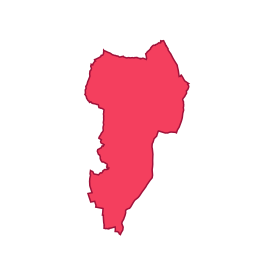 outline of Topliceni, Buzau, Romania, rotated 48°
{"feature_id": "2599482B88464222804785", "entity_name": "Topliceni", "entity_type": "district", "adm_level": 2, "iso_a3": "ROU", "parent_name": "Romania", "parent_adm1": "Buzau", "projection": "equal_earth", "projection_center": [26.955, 45.438], "detail": "fine", "context": "isolated", "style": "filled", "palette": "rose", "viewbox_px": 256, "rotation_deg": 48, "n_neighbors": 0, "source": "geoboundaries", "source_scale": "gbopen_adm2", "svg_char_len": 5533}
<svg xmlns="http://www.w3.org/2000/svg" viewBox="0 0 256 256"><g transform="rotate(48 128 128)"><path d="M190.0,209.9L189.9,209.5L190.1,209.3L189.9,209.2L191.1,207.4L192.2,205.1L192.9,203.8L194.5,204.9L195.3,205.7L196.3,206.8L197.9,205.2L198.3,205.1L199.5,204.8L200.7,205.3L202.1,205.0L201.2,203.0L200.3,200.1L198.4,197.9L194.9,196.6L193.8,195.1L192.9,192.3L192.0,190.7L191.1,188.9L189.5,186.5L187.9,185.2L187.5,183.9L188.1,181.7L188.7,180.6L188.4,178.7L186.9,174.1L186.2,171.5L186.2,170.9L186.4,167.8L186.4,166.8L186.1,164.8L184.9,160.2L183.7,154.3L182.9,152.0L181.6,146.5L181.2,143.4L179.5,141.3L175.2,138.0L173.3,135.8L171.5,133.9L168.6,131.4L165.5,128.4L164.2,127.1L159.4,123.6L158.3,123.0L156.6,121.3L155.7,120.2L155.5,119.3L153.4,115.8L153.2,112.1L152.1,110.4L150.6,107.6L150.9,107.1L156.4,103.8L157.0,103.3L157.4,102.7L158.1,102.0L158.4,101.5L158.9,100.1L159.8,98.7L162.3,96.3L163.0,95.8L162.9,95.7L163.0,95.5L164.0,95.2L162.6,92.8L161.8,90.1L161.5,89.2L161.1,88.5L158.8,84.1L157.7,82.3L156.7,80.8L155.9,79.9L153.7,77.4L152.0,74.7L149.8,73.2L149.2,72.3L147.8,70.9L146.5,70.1L145.8,69.3L143.8,68.6L143.4,68.3L142.9,67.4L142.5,64.7L142.0,63.6L141.5,61.6L141.4,61.3L139.4,59.6L139.5,58.2L139.3,57.6L138.2,55.5L137.8,55.1L137.1,54.7L136.8,54.6L135.5,54.6L135.4,54.5L135.3,54.4L135.3,54.1L135.6,53.2L131.5,54.2L130.8,54.3L129.1,54.0L127.2,53.5L124.3,53.0L124.2,53.4L124.4,53.7L124.4,54.1L124.6,54.3L124.6,54.5L124.4,54.5L124.3,54.9L124.0,55.1L123.9,55.5L119.0,52.2L115.6,50.3L114.2,49.4L109.0,48.5L106.2,47.9L101.3,46.6L100.1,46.5L99.7,46.5L98.8,46.3L97.3,46.1L96.5,45.8L95.9,45.2L93.4,44.8L92.5,44.5L92.5,44.8L91.5,44.6L91.0,44.4L90.1,43.9L88.1,43.5L87.0,43.1L86.8,43.2L86.7,43.3L86.5,43.9L86.4,44.0L86.2,44.2L86.2,44.8L85.9,45.0L85.5,45.0L85.1,45.2L85.2,45.5L85.4,45.8L85.9,45.8L86.2,46.3L86.5,46.7L86.4,46.8L85.6,48.0L85.3,48.1L85.3,48.3L85.2,48.6L85.2,49.8L84.8,51.2L84.6,51.4L84.5,51.9L84.7,52.5L83.9,53.2L83.5,53.8L83.4,54.9L83.5,55.7L83.6,56.2L83.5,56.3L83.7,56.8L83.7,57.5L83.9,57.9L84.0,58.1L84.3,58.3L84.4,61.0L84.4,61.8L84.2,62.3L84.3,62.4L84.7,64.1L84.7,65.2L86.8,66.3L88.9,67.8L89.3,68.6L87.5,69.4L86.2,70.1L85.9,70.5L85.7,71.0L85.4,71.6L84.9,71.9L85.1,72.3L84.8,72.6L84.2,72.8L83.8,73.1L83.5,73.1L82.4,73.9L81.8,74.0L81.3,74.4L81.2,74.9L80.4,75.5L80.2,75.8L80.1,76.4L79.9,76.7L78.6,77.7L78.3,78.1L77.4,79.4L77.2,79.7L76.4,80.1L76.1,80.5L75.7,80.9L75.4,81.7L74.8,82.3L73.9,82.8L73.1,83.2L72.3,83.6L71.7,83.8L71.4,83.7L71.4,84.1L70.7,84.9L70.6,85.3L70.2,85.9L70.0,86.4L69.6,86.9L69.1,87.0L68.4,87.3L67.8,87.3L66.8,88.3L65.7,88.8L64.8,89.6L64.0,90.0L63.0,90.6L62.7,90.7L61.8,90.8L61.3,91.0L60.4,91.2L57.9,92.5L56.9,92.8L56.0,93.3L55.6,93.4L54.5,94.0L53.9,94.0L54.5,94.6L55.1,94.8L55.5,95.6L56.2,96.3L56.8,97.5L56.9,97.8L56.9,98.2L56.1,99.2L56.1,99.3L56.1,99.5L56.7,100.4L56.7,100.7L56.4,101.7L56.3,102.6L55.7,104.5L55.5,105.5L54.9,106.8L54.9,107.3L56.4,107.4L56.2,107.9L56.3,108.5L56.9,111.1L57.5,112.0L56.0,112.7L56.5,113.2L56.8,113.7L56.9,114.1L57.2,114.4L59.2,115.2L59.6,115.8L59.8,116.3L60.2,117.0L60.3,117.2L60.1,117.8L60.6,118.5L60.7,118.8L61.4,119.4L62.0,120.2L63.8,121.5L64.3,122.1L64.6,122.8L64.9,123.1L65.1,123.9L65.5,124.4L65.7,125.0L65.9,125.3L66.4,126.5L67.0,127.6L67.4,128.0L67.5,128.3L68.1,129.1L68.7,130.8L68.8,131.5L69.5,131.9L70.1,132.4L70.4,132.5L70.5,132.6L70.8,133.0L70.8,133.4L71.1,134.3L71.5,134.6L72.5,135.4L73.9,136.6L74.1,137.5L75.7,137.7L76.8,138.0L78.1,138.8L79.0,138.9L79.4,139.1L80.0,139.2L81.0,139.3L81.6,139.0L81.9,139.2L83.3,139.4L83.5,138.8L83.5,138.3L84.1,138.0L84.7,138.2L85.5,138.1L86.0,137.9L86.1,137.6L87.3,137.0L87.7,136.5L88.7,135.9L89.6,135.5L90.4,134.7L90.9,134.6L91.5,134.8L92.2,135.3L92.6,135.6L93.5,135.9L94.3,135.3L94.8,135.2L95.0,135.0L96.1,134.2L98.1,133.6L98.6,133.8L99.4,134.9L100.2,135.6L100.9,136.6L101.3,137.0L103.0,138.1L103.5,138.8L103.8,139.0L105.1,140.1L105.7,140.6L107.4,142.7L108.3,143.3L109.0,143.6L110.0,144.9L110.3,145.5L111.3,146.6L113.0,147.8L113.3,148.1L113.5,148.5L114.0,150.2L114.0,150.3L113.9,150.5L114.1,151.6L114.6,152.4L114.9,153.5L115.0,153.9L115.1,154.1L115.2,154.8L116.0,156.5L116.5,156.5L116.7,156.4L117.9,155.9L119.0,155.7L119.5,157.1L119.8,157.5L121.0,158.0L123.8,157.1L124.4,156.9L124.7,157.9L124.9,158.7L124.0,159.1L124.8,161.1L124.8,161.3L124.5,161.8L124.3,163.1L123.8,164.9L124.7,166.3L127.8,167.6L128.0,167.6L128.9,167.1L129.3,167.4L130.3,167.6L130.7,167.7L131.3,168.4L132.4,169.3L132.7,169.3L132.9,169.3L133.5,169.7L133.8,169.6L134.6,169.9L135.9,170.0L136.1,169.9L136.4,169.3L136.7,169.0L138.9,168.3L138.9,168.2L140.1,168.0L140.7,167.7L141.6,168.0L141.8,168.3L142.2,168.6L142.1,168.8L142.4,168.9L142.3,169.0L142.6,169.1L142.7,169.3L142.6,169.5L142.9,169.8L142.8,170.0L143.6,170.3L144.0,170.4L144.3,170.3L144.4,170.0L144.4,169.5L144.7,169.6L144.9,169.5L145.0,169.2L145.3,169.6L145.0,171.0L144.8,171.3L144.5,171.8L143.2,173.2L143.2,174.1L143.1,174.8L143.0,175.1L143.4,175.3L143.8,177.6L143.6,177.9L142.8,178.6L142.9,179.1L143.1,181.2L140.6,183.1L140.1,183.6L139.4,184.0L139.0,184.0L137.1,183.4L136.9,183.4L136.4,183.5L135.6,184.0L134.5,184.3L136.8,187.0L137.7,187.2L138.2,187.7L139.9,190.1L141.9,192.2L145.1,194.8L146.0,195.3L152.0,198.0L149.9,201.6L158.1,205.2L160.2,201.8L164.1,203.6L164.6,204.1L165.2,204.9L171.1,200.4L173.8,203.2L175.6,205.3L175.7,205.2L176.3,204.7L177.4,205.7L182.0,209.3L183.7,210.3L183.9,210.5L184.2,210.7L184.3,210.6L184.5,210.8L184.4,211.0L184.9,211.3L185.1,211.6L186.5,212.9L186.9,212.5L187.7,212.1L188.0,211.6L188.6,211.0L189.3,210.5L190.0,209.9Z" fill="#f43f5e" stroke="#9f1239" stroke-width="1.5"/></g></svg>